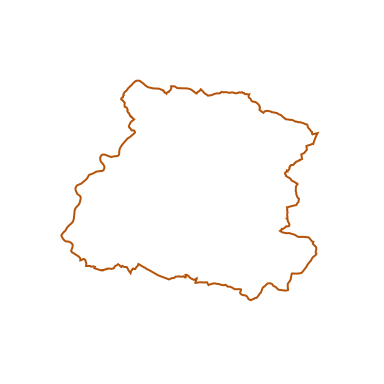 Hoghiz, Brasov, Romania (orthographic projection), rotated 342°
{"feature_id": "2599482B55739363536318", "entity_name": "Hoghiz", "entity_type": "district", "adm_level": 2, "iso_a3": "ROU", "parent_name": "Romania", "parent_adm1": "Brasov", "projection": "orthographic", "projection_center": [25.347, 45.951], "detail": "fine", "context": "isolated", "style": "outline", "palette": "amber", "viewbox_px": 384, "rotation_deg": 342, "n_neighbors": 0, "source": "geoboundaries", "source_scale": "gbopen_adm2", "svg_char_len": 6025}
<svg xmlns="http://www.w3.org/2000/svg" viewBox="0 0 384 384"><g transform="rotate(342 192 192)"><path d="M291.6,231.4L290.9,230.4L290.7,229.8L290.5,226.1L291.0,224.9L290.9,223.4L292.4,219.3L293.2,218.2L294.8,217.3L294.8,216.6L293.1,214.9L292.4,213.9L290.6,212.3L290.1,211.5L290.1,211.0L289.6,209.5L286.7,206.3L286.4,205.8L286.6,205.2L286.3,204.5L286.4,203.5L286.2,203.4L286.4,203.0L286.3,202.8L286.8,202.2L288.2,201.9L288.7,201.2L289.1,201.6L289.2,201.1L289.6,201.5L289.8,201.4L290.9,200.9L292.1,199.6L292.3,199.1L292.2,198.8L292.7,198.1L293.4,198.0L293.4,197.7L293.6,197.4L294.4,197.0L295.9,197.2L296.8,197.6L297.8,196.9L298.5,196.2L299.3,196.3L300.0,195.5L300.8,195.3L301.9,195.5L302.9,195.1L304.2,195.2L304.4,194.7L305.2,194.9L306.9,194.6L307.6,190.0L310.7,189.6L314.4,187.2L314.9,183.7L316.3,183.5L318.5,183.7L321.9,183.4L322.2,183.7L324.0,181.2L327.4,177.1L329.7,174.8L324.4,174.4L324.2,173.8L324.7,171.9L323.9,171.0L323.6,169.4L322.4,166.9L322.2,165.9L322.5,163.6L320.0,161.8L319.3,161.0L316.9,159.4L316.7,159.1L314.4,158.4L313.4,157.4L312.4,157.2L310.0,154.8L308.6,154.0L307.3,153.6L306.1,152.8L303.8,151.9L303.3,151.4L303.1,150.6L302.5,150.1L300.4,146.4L298.2,144.6L297.1,143.0L296.1,142.7L294.3,141.5L292.6,140.8L292.1,140.0L289.2,138.3L287.5,137.8L286.2,137.8L284.3,138.7L281.6,134.9L282.1,133.5L282.7,133.1L282.8,132.1L282.5,131.7L282.7,130.9L282.6,130.2L281.9,128.5L280.3,126.1L279.6,125.9L278.6,125.1L277.5,124.7L276.7,123.4L276.5,121.5L275.4,119.9L275.3,119.5L275.4,118.3L276.5,116.8L275.9,116.8L274.8,116.0L272.6,115.3L272.0,113.9L271.5,113.9L270.8,113.3L270.4,112.5L268.5,112.4L268.2,112.1L267.4,111.7L265.1,112.0L263.4,111.3L261.2,109.7L258.1,109.2L255.2,107.5L252.6,106.9L251.4,106.0L250.2,106.1L249.7,106.6L248.2,106.6L245.7,105.8L243.1,105.6L242.2,105.9L240.0,105.8L239.6,105.9L238.7,105.5L237.0,105.4L236.6,104.6L234.4,102.0L233.5,99.7L232.1,97.0L230.5,98.2L228.0,98.8L226.8,99.8L226.3,99.3L223.5,95.2L222.0,93.5L219.4,92.0L210.5,88.8L209.8,88.3L208.6,86.6L208.0,86.1L204.8,85.0L204.3,87.1L202.9,88.5L201.2,89.2L200.8,89.7L200.2,89.5L199.0,89.7L198.1,90.6L197.5,89.4L196.7,89.0L196.5,87.6L196.0,86.9L196.1,86.5L195.6,86.4L195.3,85.9L192.5,83.5L187.4,81.6L182.5,78.7L180.2,75.7L179.4,74.0L177.1,70.9L176.8,70.2L174.3,69.1L172.6,69.1L169.7,70.3L167.6,71.7L166.0,72.2L165.3,72.7L163.5,73.5L161.4,75.1L158.7,76.2L157.0,77.9L156.8,78.2L157.0,78.8L156.1,79.5L156.0,79.9L155.6,80.5L154.0,80.8L153.3,82.1L154.2,83.0L155.6,86.5L154.6,88.6L154.4,90.2L155.9,91.4L156.2,94.2L155.5,94.9L155.8,96.8L156.6,97.7L156.5,100.0L157.3,101.7L157.5,101.4L159.4,105.1L155.7,106.4L154.6,107.3L152.3,109.9L152.2,111.3L153.1,112.5L153.3,113.2L153.4,114.4L153.8,114.8L155.0,115.1L156.0,115.8L156.3,117.1L156.1,117.8L155.6,118.2L150.4,120.4L147.3,121.2L140.7,125.1L138.0,127.2L136.6,128.7L135.6,130.3L134.6,133.1L133.9,134.1L132.6,134.7L132.1,134.8L130.0,134.2L126.0,133.7L124.5,132.7L120.8,129.6L119.9,129.1L118.2,128.8L116.8,129.4L116.1,129.9L115.3,131.0L114.7,133.5L114.7,134.6L114.9,135.5L115.9,137.6L116.4,139.5L116.5,140.5L116.2,141.9L115.7,142.7L114.5,143.9L113.3,144.2L107.7,143.1L106.8,143.1L103.9,143.8L99.6,143.9L98.9,144.3L96.7,146.5L94.7,147.6L89.2,149.8L85.2,150.1L83.7,150.8L82.6,152.0L82.3,152.7L82.0,153.7L81.9,155.3L82.4,158.6L84.3,161.2L84.5,162.6L84.1,163.8L82.0,167.4L80.2,169.1L76.9,170.9L75.3,172.4L74.5,173.8L71.2,181.2L69.7,183.3L68.2,184.3L63.5,186.4L61.9,187.5L59.6,189.7L57.8,190.4L54.7,192.4L54.3,193.0L54.3,193.6L54.6,195.7L55.0,197.1L56.0,199.1L57.1,200.2L58.9,200.8L60.2,201.7L61.3,203.0L62.1,204.5L62.2,205.0L61.9,206.4L61.0,207.9L58.9,210.6L59.0,211.8L64.3,218.3L65.0,219.8L65.1,220.5L65.0,221.9L64.7,222.5L65.5,222.6L68.0,222.1L69.3,223.3L69.5,223.7L69.4,227.5L68.5,229.2L68.4,229.7L72.1,230.8L72.6,231.5L73.2,231.9L75.2,232.2L75.9,232.9L76.5,233.2L75.6,234.3L81.4,238.5L81.9,238.3L82.3,238.7L82.9,238.5L83.6,239.1L84.6,238.7L86.5,239.0L87.0,238.6L88.0,239.0L88.8,238.9L89.8,239.3L91.2,240.1L93.6,240.4L94.4,240.2L94.8,239.5L95.8,238.8L97.8,238.4L99.3,237.8L100.2,238.8L100.9,240.6L101.6,241.5L102.8,240.7L104.4,242.3L106.9,243.4L107.5,247.3L108.5,250.2L109.6,248.4L112.0,246.7L112.3,246.6L113.1,247.3L114.2,247.7L115.6,246.5L117.7,245.3L118.8,243.9L122.6,248.3L124.0,249.6L125.0,251.1L127.5,253.5L134.1,260.8L143.2,268.1L145.7,267.7L148.4,268.2L150.4,267.4L151.3,267.8L153.8,268.2L154.4,268.8L156.3,269.4L157.7,269.5L158.7,271.0L159.6,271.2L159.9,270.9L160.1,270.4L160.2,268.8L161.1,269.1L161.6,269.4L162.9,271.1L163.3,272.3L164.1,273.7L166.9,276.3L169.8,275.6L169.5,276.3L168.7,277.1L167.9,278.5L167.1,279.3L167.4,279.6L170.8,280.1L172.9,280.7L175.2,281.7L178.4,282.5L178.9,285.6L181.7,285.4L184.8,285.7L186.0,286.2L187.5,287.2L189.3,287.9L190.6,289.0L192.4,290.1L194.0,290.6L195.3,290.6L196.7,293.0L199.1,293.9L200.9,295.6L202.4,297.6L207.2,299.1L208.5,299.8L208.2,300.6L206.7,302.4L206.6,303.3L206.7,303.9L207.9,305.3L210.7,306.9L211.6,307.7L212.2,308.8L212.7,311.4L214.5,313.0L215.6,313.0L217.7,312.5L218.4,312.7L219.0,312.4L220.2,312.6L221.2,312.4L223.7,310.7L224.9,309.6L226.5,308.9L229.2,305.4L230.3,304.5L232.0,304.2L233.8,303.1L236.0,302.3L238.4,303.1L239.8,304.4L240.1,305.8L240.4,306.4L242.3,308.3L243.7,311.2L244.5,311.9L250.7,314.8L253.1,314.9L254.0,310.8L254.5,309.5L255.1,308.6L257.4,307.0L258.8,305.7L261.6,300.5L262.1,300.4L265.5,301.7L267.9,302.4L270.6,302.8L271.5,302.7L277.3,298.8L279.1,297.1L280.9,295.8L284.0,293.9L285.8,292.1L287.2,291.2L290.1,290.2L291.3,289.2L291.0,287.8L291.1,287.1L292.2,285.6L293.0,283.4L292.9,282.7L292.4,281.4L291.6,280.2L290.9,278.5L292.0,276.9L290.9,276.1L289.4,272.1L288.8,271.1L284.1,269.1L279.9,267.8L278.9,267.3L276.5,264.4L271.7,261.1L269.1,260.4L266.7,259.1L265.1,257.9L263.7,256.2L265.3,255.6L266.0,254.8L266.7,255.3L268.8,254.8L270.9,253.8L271.6,253.9L272.2,254.3L273.9,254.3L274.6,253.0L274.5,251.2L274.2,249.9L274.3,247.4L273.9,246.4L274.8,246.3L275.2,244.3L275.6,242.6L276.7,240.7L276.6,239.6L277.0,238.1L277.3,238.0L277.6,235.9L287.2,236.6L288.5,235.4L290.3,234.3L291.6,231.4Z" fill="none" stroke="#b45309" stroke-width="2"/></g></svg>